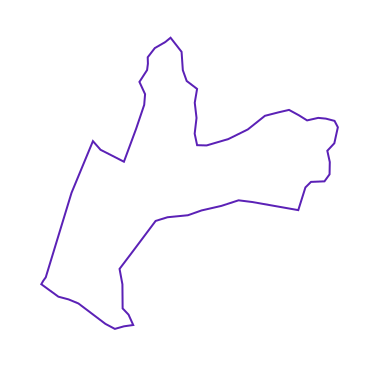 the District of Kamwenge, rotated 10°
{"feature_id": "UGA-3368", "entity_name": "Kamwenge", "entity_type": "District", "adm_level": 1, "iso_a3": "UGA", "parent_name": "Uganda", "parent_adm1": "", "projection": "robinson", "projection_center": [30.551, 0.184], "detail": "fine", "context": "isolated", "style": "outline", "palette": "violet", "viewbox_px": 384, "rotation_deg": 10, "n_neighbors": 0, "source": "natural_earth", "source_scale": "10m", "svg_char_len": 930}
<svg xmlns="http://www.w3.org/2000/svg" viewBox="0 0 384 384"><g transform="rotate(10 192 192)"><path d="M144.1,43.8L157.4,55.8L161.8,73.6L167.5,83.6L179.1,89.6L179.2,103.6L183.6,118.3L184.5,134.1L188.9,145.0L198.3,143.6L218.5,133.6L236.1,120.7L250.6,104.3L263.2,98.6L273.3,94.3L284.0,97.9L292.9,101.5L303.4,97.1L311.1,96.5L320.0,97.2L324.4,102.9L323.7,119.3L318.1,127.9L322.5,138.6L324.4,150.7L320.6,158.5L307.4,161.4L302.9,167.8L299.8,191.4L282.8,191.4L253.2,191.4L239.3,192.1L223.3,200.6L204.6,208.5L192.0,215.6L172.3,221.1L161.2,226.8L144.1,260.6L134.0,280.3L139.5,295.0L143.9,318.7L150.8,323.8L157.2,333.2L148.3,336.1L139.8,340.2L129.6,336.9L99.5,321.5L89.1,319.2L78.6,318.3L59.6,309.0L61.0,305.1L62.8,301.4L73.5,213.7L85.6,159.1L94.6,166.3L119.7,174.0L126.0,139.4L129.8,114.5L128.8,103.8L121.1,92.7L126.6,79.7L126.3,73.3L125.0,67.0L130.4,56.7L139.6,49.0L144.1,43.8Z" fill="none" stroke="#5b21b6" stroke-width="2"/></g></svg>